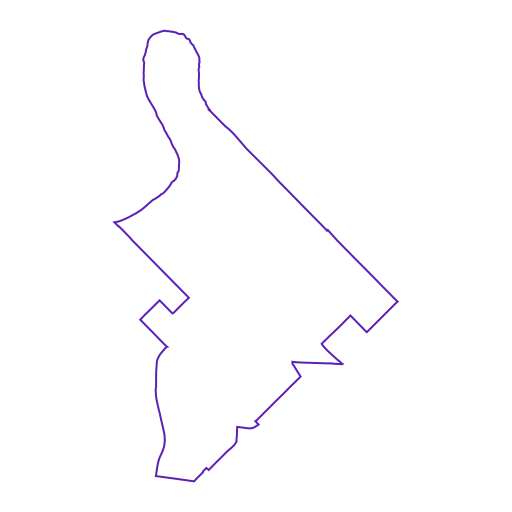 Victoria Park, Western Australia, Australia (Albers equal-area conic projection)
{"feature_id": "25037944B59054376052464", "entity_name": "Victoria Park", "entity_type": "district", "adm_level": 2, "iso_a3": "AUS", "parent_name": "Australia", "parent_adm1": "Western Australia", "projection": "albers", "projection_center": [115.893, -31.976], "detail": "fine", "context": "isolated", "style": "outline", "palette": "violet", "viewbox_px": 512, "rotation_deg": 0, "n_neighbors": 0, "source": "geoboundaries", "source_scale": "gbopen_adm2", "svg_char_len": 5857}
<svg xmlns="http://www.w3.org/2000/svg" viewBox="0 0 512 512"><path d="M209.6,109.7L208.8,108.8L208.3,108.1L206.9,105.6L206.4,104.9L205.9,104.0L205.9,103.8L205.8,102.5L205.7,102.1L205.6,101.8L205.2,101.2L204.4,100.4L204.3,100.2L204.0,100.0L203.4,99.2L202.9,98.4L202.2,97.2L201.5,95.4L201.5,95.2L201.3,94.5L200.9,93.6L200.0,92.1L199.3,89.9L199.0,87.7L198.8,86.3L198.8,84.6L198.9,83.2L198.8,82.7L198.7,81.9L198.7,80.4L198.8,79.3L198.9,79.0L198.9,76.5L199.0,75.9L199.0,75.6L199.1,75.4L199.0,75.1L199.0,73.7L199.0,73.2L198.8,72.3L198.8,72.1L198.7,71.5L198.7,71.1L198.7,70.3L198.7,69.5L198.7,68.8L198.8,68.2L199.1,67.5L199.3,67.1L199.1,66.3L199.1,65.7L199.0,64.9L199.0,63.9L199.1,63.4L199.3,62.9L199.6,62.4L199.6,61.9L199.5,61.7L199.4,61.2L199.3,60.4L199.4,58.7L199.4,58.4L198.9,56.5L198.7,56.1L197.8,54.1L196.9,52.7L196.0,51.0L195.3,49.4L195.1,49.2L195.1,48.9L194.1,47.3L193.7,46.3L193.7,46.0L193.4,45.3L193.0,45.0L192.8,44.9L192.3,44.5L191.2,43.3L190.7,42.8L190.4,42.0L189.9,40.6L189.8,40.3L189.2,39.4L188.8,39.1L188.3,38.9L187.4,38.7L186.9,38.7L186.7,38.5L186.5,38.3L186.3,38.0L186.1,37.8L185.2,36.5L184.5,35.2L183.7,34.4L183.2,34.1L182.7,33.9L182.2,33.9L181.7,33.9L180.8,34.0L180.1,34.0L179.4,33.9L178.5,33.8L177.2,33.2L176.5,32.8L176.3,32.6L175.0,32.3L173.1,31.9L172.9,31.8L171.5,31.7L169.7,31.4L169.0,31.3L168.5,31.2L167.5,31.2L167.1,31.2L166.4,31.1L165.1,30.8L164.4,30.7L164.2,30.8L163.9,30.8L162.4,31.2L161.8,31.3L160.3,31.8L159.6,32.2L157.4,32.8L155.7,33.5L155.2,33.7L153.4,34.5L153.1,34.6L152.0,35.5L151.7,35.9L150.6,36.9L150.1,37.6L149.6,38.3L149.1,39.0L148.9,39.1L148.5,40.0L147.8,42.3L147.7,42.9L147.6,43.1L147.4,45.9L146.7,48.0L146.0,49.9L146.0,50.2L145.9,51.2L145.9,51.6L145.7,52.2L145.6,52.5L145.4,53.2L144.7,55.6L144.4,56.0L143.9,56.9L143.4,58.7L143.3,58.9L143.2,59.2L143.2,59.5L143.3,60.1L144.0,62.0L144.2,62.7L144.2,63.0L144.0,64.5L143.9,65.7L143.9,66.5L143.9,67.1L143.9,67.5L143.8,68.9L143.8,69.2L143.8,70.9L143.7,71.9L143.6,72.7L143.8,75.7L143.8,76.6L143.8,77.4L143.7,77.8L143.6,79.3L143.6,80.0L143.8,81.8L144.1,82.9L144.1,83.4L144.1,84.0L144.5,85.8L144.7,86.9L145.7,91.3L146.6,94.6L146.6,94.9L147.1,96.3L147.5,97.0L147.9,97.7L148.2,98.5L149.0,100.0L149.4,100.8L150.2,102.0L150.4,102.4L151.5,104.2L153.8,107.9L154.1,108.6L155.0,110.1L155.6,111.4L155.7,111.7L156.2,112.8L156.5,114.3L156.7,115.2L157.0,116.0L157.3,116.5L158.4,118.4L159.1,119.7L160.2,121.2L160.5,121.7L160.6,122.2L161.0,122.7L161.2,122.9L161.9,123.8L162.4,124.7L162.6,125.3L163.0,126.0L163.1,126.3L163.3,126.8L164.0,128.5L164.0,128.9L164.8,130.8L165.9,132.3L168.0,136.3L168.6,137.2L169.5,138.6L169.8,139.0L170.7,140.7L171.3,142.6L171.9,144.1L172.3,144.8L172.3,145.0L173.4,147.2L173.6,147.4L175.0,149.3L175.7,150.8L176.1,151.8L177.1,153.8L177.2,154.0L177.4,154.4L177.7,155.4L177.9,155.6L178.5,157.7L178.6,157.9L178.9,159.0L179.0,159.5L179.2,160.9L179.2,162.4L179.2,163.0L179.0,164.8L179.0,165.1L179.0,165.5L178.9,169.0L178.7,170.4L178.6,170.6L178.6,170.9L178.4,171.7L178.3,171.9L177.6,172.5L177.5,172.8L177.3,173.8L177.3,175.5L177.0,176.5L176.8,176.7L176.7,177.1L176.3,178.0L176.0,178.4L175.5,179.0L175.2,179.5L174.2,180.6L173.4,181.0L172.4,181.8L171.6,182.5L171.3,183.4L171.0,183.8L170.4,184.8L169.0,186.8L167.7,188.4L167.0,189.2L166.8,189.4L166.5,189.9L165.7,190.6L164.5,192.0L164.1,192.4L162.9,193.4L162.1,194.0L160.7,194.5L160.1,195.3L159.8,195.7L159.3,196.0L159.2,196.2L159.0,196.3L158.8,196.5L158.2,196.7L157.3,197.2L157.1,197.4L157.1,197.5L154.8,199.0L153.5,199.6L151.9,200.7L151.4,201.3L150.9,201.6L150.0,202.5L148.7,203.5L147.4,204.7L146.1,206.0L145.0,206.8L143.2,208.4L140.6,210.4L135.5,213.6L131.7,215.6L129.0,217.1L126.5,218.3L125.8,218.6L125.5,218.7L124.8,219.1L124.1,219.3L123.5,219.6L119.3,221.3L118.1,221.5L117.5,221.7L116.9,221.8L116.6,221.9L114.4,222.3L118.7,226.6L119.0,226.5L122.3,229.7L130.2,237.9L132.4,240.5L133.7,241.8L175.4,284.1L175.7,284.5L176.1,284.8L188.4,297.3L188.9,297.8L184.7,301.7L173.4,313.0L172.9,313.4L172.3,313.3L159.6,300.4L144.6,315.1L140.2,319.7L153.0,332.6L160.1,340.0L165.2,345.1L166.1,346.0L167.1,346.8L166.6,346.9L165.7,347.8L164.7,348.7L164.4,349.1L164.2,349.6L163.2,350.6L160.2,354.2L158.9,356.4L157.7,358.8L156.9,361.3L156.2,371.8L156.1,379.8L156.1,387.4L155.7,388.5L155.7,389.7L155.7,390.3L155.8,392.6L155.9,394.7L156.3,398.4L157.1,402.2L159.0,410.8L159.6,412.7L160.9,418.7L163.1,428.1L164.0,432.3L164.4,434.2L164.7,437.8L164.8,439.6L164.7,442.0L164.3,445.1L163.9,447.1L162.7,450.8L161.3,454.0L160.3,456.1L159.4,458.2L158.6,460.6L158.0,463.1L157.2,467.3L155.9,476.1L178.3,479.1L189.5,480.7L194.2,481.3L195.9,479.3L202.6,472.6L202.9,472.5L203.0,471.4L206.3,468.0L207.1,468.6L208.7,470.0L216.0,462.5L218.8,459.8L227.3,451.3L228.0,450.6L230.6,448.5L231.3,447.9L234.4,444.9L236.1,442.3L236.3,441.9L236.4,441.4L236.5,440.9L236.5,439.4L236.8,436.7L237.1,429.0L237.2,426.9L243.5,427.7L247.7,428.2L249.9,428.4L251.6,428.2L252.8,427.9L254.0,427.5L258.6,424.6L255.4,421.1L256.3,420.6L257.7,419.3L264.0,412.9L267.0,410.0L275.2,401.7L284.2,392.9L290.3,386.7L300.6,376.6L295.3,368.1L293.7,365.4L293.1,364.8L292.9,364.5L292.6,363.8L292.4,363.2L292.4,362.4L292.4,361.8L293.0,361.9L296.7,362.3L303.2,362.6L328.1,363.4L332.2,363.4L332.6,363.7L343.4,364.2L341.2,363.4L340.6,362.3L336.8,359.2L328.7,351.8L327.0,350.2L325.3,348.4L323.0,345.8L322.2,344.6L321.7,343.8L330.8,334.8L331.8,334.0L340.7,325.4L350.4,315.5L363.4,328.8L366.8,332.2L376.6,322.4L396.6,302.4L397.6,301.6L395.6,299.7L388.2,292.2L385.3,289.3L381.1,285.0L372.5,276.2L357.8,261.4L350.8,254.3L344.7,248.1L338.8,242.1L337.7,241.0L333.9,236.8L327.7,229.9L327.0,230.7L323.4,226.8L305.3,208.5L285.1,187.8L279.8,182.5L279.3,182.0L275.9,178.4L274.8,177.0L273.9,176.1L271.9,174.0L266.5,168.6L263.6,165.7L261.8,163.9L246.7,148.9L234.3,134.5L233.3,133.5L229.7,129.9L228.2,128.6L226.0,126.9L223.8,124.8L210.3,111.1L209.0,110.0L209.6,109.7Z" fill="none" stroke="#5b21b6" stroke-width="2"/></svg>